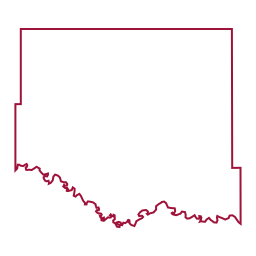 Jones, South Dakota, United States of America
{"feature_id": "52423323B31695070562540", "entity_name": "Jones", "entity_type": "district", "adm_level": 2, "iso_a3": "USA", "parent_name": "United States of America", "parent_adm1": "South Dakota", "projection": "mercator", "projection_center": [-100.738, 43.939], "detail": "fine", "context": "isolated", "style": "outline", "palette": "rose", "viewbox_px": 256, "rotation_deg": 0, "n_neighbors": 0, "source": "geoboundaries", "source_scale": "gbopen_adm2", "svg_char_len": 2642}
<svg xmlns="http://www.w3.org/2000/svg" viewBox="0 0 256 256"><path d="M231.9,29.0L20.8,29.0L20.8,104.1L15.4,104.1L15.4,170.4L17.2,168.5L17.5,166.5L17.8,164.7L19.1,164.7L20.8,165.7L23.1,166.1L25.0,164.8L26.6,164.0L26.8,164.4L27.3,165.2L26.9,166.8L25.7,167.4L26.0,169.6L27.1,170.0L29.0,169.7L31.7,170.0L34.7,168.1L36.5,166.8L39.7,168.6L39.5,170.3L41.2,172.5L43.4,174.7L46.0,174.1L47.9,173.5L48.0,174.7L47.1,176.4L45.1,176.1L43.6,177.2L43.8,178.6L45.2,180.8L46.7,181.3L48.5,180.8L49.1,182.9L48.9,183.7L50.7,182.9L52.7,180.4L53.4,176.6L55.1,174.6L57.9,175.6L59.9,177.5L61.0,181.4L64.1,182.3L65.9,182.2L67.3,184.1L66.9,185.5L64.7,185.7L64.1,184.9L63.3,186.5L65.1,188.0L67.2,187.9L68.1,189.5L66.8,189.8L66.8,190.9L67.8,191.1L71.7,190.1L72.8,187.4L74.6,188.7L74.6,191.0L74.1,193.8L73.7,195.7L75.5,196.6L76.7,195.3L79.4,193.9L80.9,195.9L83.2,200.8L85.1,203.1L84.9,204.4L86.5,204.4L86.6,203.2L87.9,201.4L90.2,201.7L93.1,202.4L95.6,204.3L95.7,205.6L96.5,207.8L98.5,207.5L99.1,209.1L98.7,210.3L97.0,210.1L96.0,211.3L97.1,212.6L98.5,213.4L100.0,213.4L101.2,213.7L101.7,214.7L100.7,216.2L100.0,216.0L100.3,217.1L102.2,218.0L103.9,217.6L103.9,218.7L102.2,219.1L101.3,218.9L101.5,220.3L103.8,220.8L108.0,217.3L109.3,217.6L110.7,217.5L111.3,216.6L110.7,215.6L110.0,215.3L110.7,214.4L111.8,215.7L113.1,216.4L113.7,215.5L113.7,214.9L114.6,215.3L114.7,216.7L114.8,219.2L113.2,220.4L113.3,222.3L115.2,223.3L117.0,226.7L119.5,227.0L119.9,225.0L117.1,223.9L116.7,222.5L117.8,222.1L118.7,221.9L120.7,222.6L121.2,224.0L121.4,225.0L122.1,225.2L122.6,224.3L123.3,222.7L125.2,223.1L127.3,221.7L127.8,220.2L128.4,219.9L129.4,220.3L129.6,221.8L129.1,222.5L130.3,224.1L131.6,225.1L132.9,225.5L134.4,226.0L135.6,223.4L136.4,221.2L139.0,219.6L142.1,218.1L143.1,216.9L142.1,215.8L140.9,215.8L139.2,216.1L138.4,214.5L139.9,212.4L142.3,210.5L146.0,210.0L147.9,211.5L147.8,213.7L147.1,213.9L147.8,214.6L150.1,213.3L153.6,212.4L156.1,209.6L156.1,206.2L158.8,204.0L160.9,202.9L161.8,202.0L164.2,201.6L166.0,203.1L168.0,207.5L171.6,208.1L174.7,208.3L175.1,209.9L175.1,211.2L174.0,213.4L172.4,212.6L171.7,213.2L172.2,213.9L173.2,214.5L176.2,215.2L180.5,213.6L181.9,211.6L185.0,212.1L185.7,214.8L185.5,217.2L187.1,218.6L189.6,218.3L192.2,216.8L194.6,215.2L195.3,216.6L196.9,218.7L199.0,218.7L199.5,217.7L199.3,216.1L200.8,216.3L201.4,217.7L200.8,219.9L200.0,221.6L200.9,221.3L205.0,221.8L206.6,219.5L209.0,217.9L210.5,219.8L214.1,222.4L216.5,222.6L217.5,220.3L216.9,217.4L217.3,216.0L219.0,216.9L221.6,217.9L225.2,219.5L228.6,218.1L229.6,215.6L232.4,215.3L234.9,216.9L238.6,222.2L240.6,223.8L240.5,167.8L232.2,167.9L231.9,29.0Z" fill="none" stroke="#9f1239" stroke-width="2"/></svg>